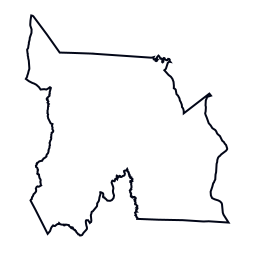 outline of Ngabwe, Central, Zambia, rotated 182°
{"feature_id": "96606910B70902538429016", "entity_name": "Ngabwe", "entity_type": "district", "adm_level": 2, "iso_a3": "ZMB", "parent_name": "Zambia", "parent_adm1": "Central", "projection": "equal_earth", "projection_center": [27.56, -14.095], "detail": "fine", "context": "isolated", "style": "outline", "palette": "ink", "viewbox_px": 256, "rotation_deg": 182, "n_neighbors": 0, "source": "geoboundaries", "source_scale": "gbopen_adm2", "svg_char_len": 5752}
<svg xmlns="http://www.w3.org/2000/svg" viewBox="0 0 256 256"><g transform="rotate(182 128 128)"><path d="M228.6,237.1L229.2,232.0L229.3,228.2L229.2,226.9L227.8,223.2L227.8,219.6L229.3,214.8L229.4,212.8L230.1,209.7L230.0,208.5L230.3,207.4L230.6,204.4L231.5,202.9L231.5,202.4L231.0,199.1L230.8,198.9L230.7,196.7L230.3,195.7L230.2,194.4L229.5,191.9L228.7,184.4L228.7,183.4L229.3,181.5L229.8,178.9L230.5,176.8L230.6,175.7L231.8,173.5L228.6,171.3L225.2,169.7L223.3,169.1L221.1,168.0L218.4,165.7L216.7,163.4L213.2,163.9L210.9,163.6L208.8,164.9L207.6,166.0L207.1,165.9L206.5,165.4L206.7,164.2L207.0,163.8L207.1,162.6L207.6,161.1L207.3,160.0L207.8,159.0L207.8,158.5L207.5,158.3L207.6,157.4L209.7,155.4L210.3,154.2L210.1,153.7L209.6,154.1L209.3,154.0L209.2,152.7L208.5,151.8L209.3,150.5L207.9,149.2L208.7,148.2L208.2,147.0L208.7,146.4L208.7,144.0L209.1,142.2L208.8,141.0L209.1,140.1L208.3,138.8L208.7,137.1L208.3,136.1L208.2,135.1L205.4,129.9L203.6,129.3L204.1,127.5L203.4,125.7L203.6,124.3L202.6,122.6L202.7,121.8L203.0,121.3L204.1,120.7L204.0,119.9L204.5,118.7L204.3,117.4L204.7,116.0L204.3,115.4L204.5,113.9L205.3,112.4L205.4,111.6L205.9,110.3L205.7,109.9L205.4,107.9L205.8,107.3L205.8,105.4L206.5,103.8L206.5,103.0L206.7,102.7L206.6,101.7L207.1,100.0L208.2,98.7L208.6,97.5L208.5,96.7L209.8,95.5L211.4,94.5L211.6,93.9L212.3,93.3L212.6,92.3L215.1,91.7L215.7,91.4L217.0,90.1L217.6,90.0L218.0,89.3L217.7,89.0L217.9,88.1L218.7,87.3L218.5,85.8L217.5,85.2L217.0,84.4L216.9,83.4L216.5,83.1L216.6,82.1L216.9,81.8L216.8,80.2L217.1,79.2L216.7,78.7L215.7,78.7L215.3,78.3L215.2,76.9L214.9,76.1L214.8,75.2L213.9,73.9L213.5,73.0L213.5,72.0L213.8,71.0L213.5,70.4L213.1,68.0L212.8,67.6L214.7,66.4L215.5,66.2L216.4,66.5L217.2,66.0L218.0,64.3L217.6,62.8L217.7,61.3L219.0,59.5L220.0,58.6L220.8,56.3L221.5,55.5L221.7,53.6L222.5,53.0L222.9,52.2L217.7,43.2L204.6,19.4L202.3,22.3L201.4,25.2L200.5,26.9L199.7,27.4L199.4,28.0L198.6,27.6L197.6,27.5L195.6,29.2L194.9,29.6L194.0,29.6L193.6,30.6L192.3,29.4L190.6,29.1L188.8,29.2L188.7,28.6L188.4,28.4L187.7,28.6L187.4,29.1L186.8,29.3L183.7,28.9L183.4,28.0L183.0,27.6L181.9,26.9L181.3,26.9L181.4,26.7L181.2,26.6L181.2,26.0L180.9,25.9L180.8,26.2L180.2,25.9L180.1,26.1L179.6,26.3L178.9,24.8L177.4,24.3L177.3,24.1L177.4,23.8L176.4,23.2L175.9,22.0L174.4,20.6L174.1,20.0L173.3,19.9L172.7,19.6L172.5,19.0L172.1,18.9L170.9,19.1L170.1,19.5L168.8,21.7L166.3,24.6L165.5,25.8L165.6,27.4L166.2,29.1L166.8,31.9L166.9,33.5L166.7,34.2L166.4,34.4L164.6,34.4L162.8,31.8L162.3,32.4L161.6,32.8L161.4,34.2L162.1,39.6L161.5,41.5L161.5,42.4L161.3,43.0L160.3,43.5L156.3,48.7L156.1,50.6L156.2,51.5L154.7,53.9L154.3,55.7L154.1,57.7L153.2,61.1L153.5,62.8L153.1,62.9L151.5,62.3L150.6,61.7L150.3,60.2L150.6,58.8L150.5,58.1L150.1,57.7L149.1,57.8L148.5,56.8L147.4,56.1L146.1,54.7L143.3,54.6L141.6,55.4L140.0,57.5L139.6,60.1L140.6,62.7L140.9,64.6L140.5,67.2L140.8,68.7L142.5,72.8L142.1,74.4L141.8,74.8L141.4,74.9L140.0,74.3L139.6,74.3L139.3,74.8L139.2,75.8L138.9,76.7L138.5,77.0L137.8,76.9L137.0,76.3L136.7,77.7L137.6,79.1L137.7,79.6L137.5,80.0L136.6,79.4L136.5,78.2L136.3,78.1L135.7,79.3L134.7,79.9L134.2,79.7L134.0,78.8L132.7,78.9L131.5,79.9L130.5,80.1L129.8,80.8L129.5,82.3L129.7,82.9L130.2,83.5L130.5,84.8L129.8,85.3L129.1,85.3L128.1,85.8L127.4,87.0L127.0,86.2L127.3,85.2L127.1,84.8L126.6,84.3L126.4,84.5L125.7,83.7L125.8,83.1L125.3,82.2L125.5,81.9L125.4,81.6L125.2,81.0L124.8,81.0L124.9,79.8L124.4,79.2L124.2,79.3L124.2,78.8L123.9,78.2L123.5,78.1L123.4,78.6L122.9,78.7L122.7,77.9L121.7,77.1L122.0,76.3L121.8,75.2L122.2,75.2L122.4,75.7L122.7,74.4L123.2,74.0L123.5,74.4L123.7,75.1L123.9,75.0L123.8,73.9L123.2,73.6L122.7,73.0L122.9,71.6L122.6,70.7L122.4,68.9L122.8,67.6L122.5,66.8L123.0,66.3L123.5,66.4L124.0,65.5L123.7,65.1L123.5,63.6L123.0,63.5L122.5,62.3L122.8,61.5L122.8,59.8L122.1,59.2L121.8,59.5L121.6,59.0L120.8,58.6L120.4,59.2L119.4,59.3L119.3,58.4L119.2,58.8L118.3,58.8L117.8,58.2L117.8,57.9L118.6,57.2L118.6,56.7L119.1,56.4L118.9,56.1L118.2,55.9L118.6,55.0L118.0,54.4L117.8,53.5L118.3,52.9L118.2,52.1L117.6,52.1L116.2,50.6L116.1,50.0L116.4,49.5L116.1,49.6L116.2,49.1L115.7,48.2L115.9,47.6L116.1,47.6L116.5,47.1L116.6,46.4L116.9,46.7L117.1,46.3L116.9,45.8L117.0,45.0L116.5,44.6L117.2,44.5L118.0,43.6L117.4,42.4L117.4,41.7L117.1,41.5L117.5,41.0L116.8,40.6L116.6,39.5L115.6,38.8L115.7,37.5L94.8,37.4L70.0,37.8L49.3,37.2L44.1,37.6L24.2,37.0L29.5,44.7L30.3,46.7L31.4,55.1L31.8,56.2L33.2,57.7L35.1,58.7L39.0,59.8L41.5,60.9L42.8,63.5L43.2,67.2L41.7,72.2L40.9,75.8L40.2,76.6L39.9,77.7L39.0,79.6L38.9,84.5L38.4,86.9L38.2,95.3L37.7,97.1L37.6,99.2L37.0,101.3L36.2,102.6L35.2,103.3L34.0,104.8L29.2,108.7L28.2,110.2L28.2,111.1L29.4,114.4L30.8,115.8L31.6,117.2L33.4,118.6L35.8,123.1L38.2,125.0L39.0,126.1L39.7,127.7L40.7,129.0L43.7,130.8L45.5,133.5L47.5,135.6L49.6,141.0L50.9,143.8L51.4,145.4L51.0,147.2L50.9,150.3L50.9,151.7L51.3,153.3L51.2,158.3L50.3,160.7L50.1,161.8L46.2,163.2L47.9,165.2L72.8,144.6L72.9,147.0L73.3,148.5L73.7,149.6L74.7,150.7L75.1,153.3L76.4,156.2L77.1,157.2L77.6,159.4L79.2,162.1L80.7,163.5L81.7,168.0L82.7,168.9L83.6,169.3L83.6,171.7L84.1,175.7L85.3,178.6L86.9,180.7L89.3,182.4L93.7,187.0L92.5,188.1L92.1,188.8L90.5,194.5L89.0,195.8L88.0,195.6L88.8,196.6L88.7,197.8L89.3,198.4L90.3,198.5L91.0,197.3L91.9,197.1L93.3,197.8L94.0,199.1L94.6,199.2L95.0,198.6L95.0,195.5L95.7,194.8L96.2,195.2L96.0,197.0L96.4,198.2L96.8,198.6L97.4,198.3L98.1,198.4L98.4,199.2L99.3,200.7L100.1,201.4L101.4,199.8L101.7,198.9L101.5,198.2L100.7,197.4L101.1,197.1L101.5,196.1L102.2,195.8L102.8,196.1L102.7,197.6L102.9,198.0L104.0,197.3L104.7,197.5L105.1,199.3L104.9,199.7L106.4,199.2L107.5,199.1L167.3,201.1L164.3,201.1L167.3,201.1L176.4,201.1L186.7,201.1L198.9,201.0L212.3,218.6L226.4,236.2L227.2,236.8L228.6,237.1Z" fill="none" stroke="#020617" stroke-width="2"/></g></svg>